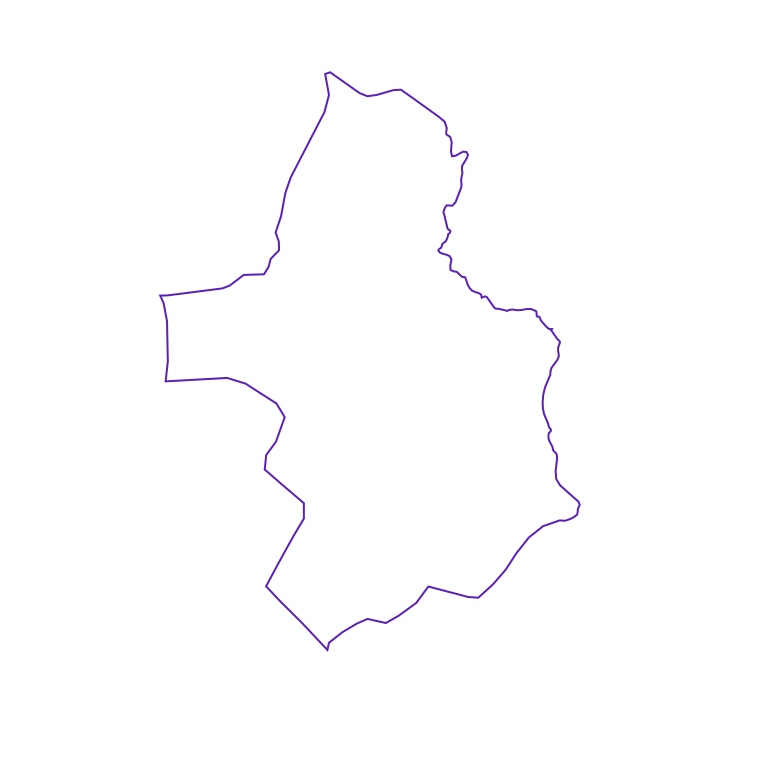 an SVG outline of Katavi, rotated 36°
{"feature_id": "TZA-5584", "entity_name": "Katavi", "entity_type": "Region", "adm_level": 1, "iso_a3": "TZA", "parent_name": "United Republic of Tanzania", "parent_adm1": "", "projection": "robinson", "projection_center": [31.46, -6.489], "detail": "fine", "context": "isolated", "style": "outline", "palette": "violet", "viewbox_px": 768, "rotation_deg": 36, "n_neighbors": 0, "source": "natural_earth", "source_scale": "10m", "svg_char_len": 2565}
<svg xmlns="http://www.w3.org/2000/svg" viewBox="0 0 768 768"><g transform="rotate(36 384 384)"><path d="M205.8,510.2L195.7,492.6L171.5,460.7L158.4,448.3L151.0,444.0L157.0,439.4L197.1,401.6L201.4,394.9L206.4,378.2L222.4,365.8L221.8,357.2L218.8,349.4L220.5,337.5L215.1,330.5L207.3,325.2L202.1,308.8L191.9,287.4L187.1,271.7L176.0,199.0L169.6,182.5L154.2,167.8L157.2,163.5L193.3,163.0L201.5,160.9L208.2,154.4L219.1,140.5L224.8,135.9L271.3,135.6L279.0,136.2L284.3,140.0L286.6,144.2L287.8,145.3L288.8,145.5L291.3,145.1L292.5,145.3L296.6,148.6L301.6,156.6L305.2,159.8L307.8,157.2L311.4,149.5L314.4,147.9L317.3,149.3L318.3,152.8L318.9,161.0L319.9,163.2L321.0,164.7L322.3,166.0L323.6,167.5L325.7,172.2L326.4,173.5L329.3,176.9L330.9,179.4L335.0,194.8L334.5,199.6L329.7,202.6L329.6,204.9L330.1,207.1L331.2,210.2L331.8,210.8L332.6,211.1L343.8,220.7L344.7,221.1L347.1,221.0L347.9,221.3L348.4,222.6L348.3,223.8L347.9,225.2L348.8,226.9L349.4,228.7L350.1,231.9L348.9,236.3L349.1,237.2L349.9,239.0L350.1,240.2L349.2,242.9L349.6,244.2L351.8,244.8L355.0,244.1L358.4,242.7L361.8,242.0L365.2,243.4L368.4,249.8L370.9,252.7L373.8,252.0L377.0,250.5L384.0,251.4L387.1,250.0L393.3,254.4L396.6,256.0L400.4,256.7L403.8,256.0L407.0,254.8L409.9,254.6L412.4,256.7L414.2,253.7L416.0,253.2L428.6,257.5L430.4,257.2L432.2,256.0L438.6,253.2L440.7,252.6L440.8,252.0L441.7,250.7L443.6,248.7L444.9,247.8L448.3,246.1L451.9,243.2L455.1,239.7L458.9,236.9L463.8,235.7L464.8,236.0L465.7,236.9L467.3,238.9L468.3,239.4L469.0,239.1L469.6,238.5L470.2,238.3L474.2,240.6L482.0,242.3L485.0,242.5L487.6,240.9L487.6,242.2L497.3,245.6L500.9,246.1L501.9,246.9L502.5,248.7L503.1,250.8L503.7,252.6L505.0,254.4L508.2,257.7L509.4,259.3L510.1,263.0L510.0,272.4L511.1,275.6L513.2,279.0L516.2,291.9L519.0,298.8L522.9,305.3L527.2,310.7L531.3,314.3L540.0,319.6L542.3,321.5L543.3,322.1L545.4,322.5L546.4,323.4L546.6,324.3L546.3,326.5L546.4,327.3L548.2,330.3L549.1,331.3L550.9,332.7L556.8,335.6L560.0,338.3L563.7,338.9L565.4,339.7L567.8,342.5L574.0,353.5L579.1,359.6L586.1,362.5L610.5,364.9L613.4,366.8L614.2,370.8L615.7,373.3L617.0,376.1L616.0,379.7L614.4,383.1L611.0,388.1L606.2,391.2L596.3,405.4L591.4,423.0L590.6,442.9L591.6,462.8L589.9,482.3L585.9,501.5L577.2,506.9L538.9,521.8L538.8,542.0L532.1,562.8L526.0,576.3L508.7,583.8L502.8,593.9L496.2,609.3L491.6,625.7L494.5,632.4L457.0,625.3L429.5,621.1L407.5,617.0L403.8,589.9L400.2,560.8L398.3,540.0L389.2,527.5L361.7,525.4L337.8,523.3L330.5,510.8L330.5,494.2L323.2,469.2L308.5,463.0L271.8,465.1L253.5,471.3L205.8,510.2Z" fill="none" stroke="#5b21b6" stroke-width="2"/></g></svg>